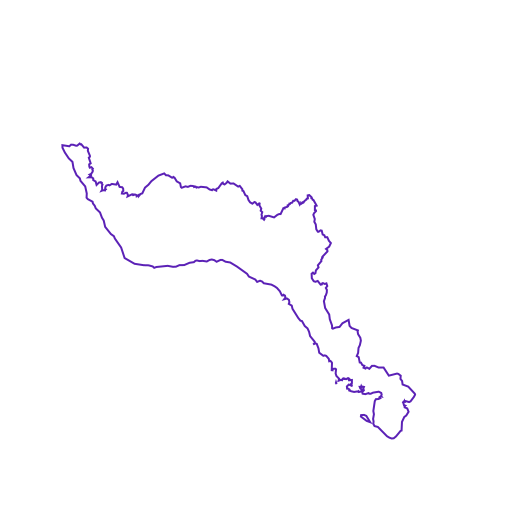 Buleleng, Bali, Indonesia (Natural Earth projection), rotated 217°
{"feature_id": "22746128B19337828575841", "entity_name": "Buleleng", "entity_type": "district", "adm_level": 2, "iso_a3": "IDN", "parent_name": "Indonesia", "parent_adm1": "Bali", "projection": "natural_earth1", "projection_center": [114.942, -8.222], "detail": "fine", "context": "isolated", "style": "outline", "palette": "violet", "viewbox_px": 512, "rotation_deg": 217, "n_neighbors": 0, "source": "geoboundaries", "source_scale": "gbopen_adm2", "svg_char_len": 6078}
<svg xmlns="http://www.w3.org/2000/svg" viewBox="0 0 512 512"><g transform="rotate(217 256 256)"><path d="M379.0,266.7L382.3,261.5L384.6,252.8L384.8,248.1L385.8,243.8L384.5,237.6L385.5,236.1L385.7,233.2L386.5,234.0L387.3,231.9L388.1,232.7L389.4,232.4L390.6,231.6L390.3,231.3L390.8,230.6L392.1,230.7L394.4,226.3L394.9,227.6L397.1,228.8L397.9,228.3L399.0,226.2L400.7,225.2L401.5,227.0L401.1,228.1L402.7,229.9L404.2,230.4L406.5,229.1L411.0,231.6L410.6,228.9L414.5,226.8L415.5,224.3L416.6,224.0L417.9,222.2L417.7,220.3L417.1,219.2L416.1,218.9L416.5,218.0L416.1,217.5L417.8,216.4L418.6,215.1L418.8,216.5L421.1,219.1L421.6,220.7L423.0,221.0L423.2,221.7L424.4,221.6L425.6,220.2L426.1,216.8L428.9,219.0L431.7,218.7L432.7,220.0L434.5,220.0L437.1,218.0L436.4,220.7L435.5,221.3L437.8,221.0L437.1,222.4L437.2,224.9L437.6,225.9L438.8,226.6L438.8,227.5L440.9,227.9L441.9,226.5L442.9,227.1L444.4,228.8L443.8,230.5L448.7,233.9L448.4,235.4L449.0,236.1L453.6,238.8L454.7,240.6L456.6,240.7L458.5,239.1L462.8,240.1L463.3,239.5L464.5,239.7L465.2,236.6L466.0,235.8L469.0,234.8L470.7,233.6L471.1,231.3L477.3,228.0L475.7,226.0L470.9,223.6L464.3,221.3L459.2,220.7L454.7,216.4L448.0,212.6L443.4,212.0L441.4,210.4L434.3,208.8L428.8,204.1L426.4,200.6L424.6,200.2L419.2,201.0L417.8,199.8L415.1,199.1L412.6,197.6L406.8,196.9L402.1,193.9L399.0,192.7L394.0,188.5L385.1,186.2L381.4,186.3L379.2,185.0L368.8,181.6L359.7,175.3L348.3,176.7L340.1,181.1L336.2,183.9L332.2,185.5L330.2,185.3L328.9,187.3L320.6,195.0L315.8,197.4L313.5,199.3L311.6,202.7L307.9,205.5L305.0,210.6L301.9,213.7L301.5,215.7L300.5,216.9L298.1,217.9L295.7,220.0L292.0,222.0L290.7,224.9L289.2,226.6L286.8,227.6L284.0,227.7L282.0,231.5L280.5,232.6L276.9,233.1L272.7,235.3L264.9,236.1L252.4,236.4L249.3,235.3L242.4,236.8L239.5,236.0L237.9,238.7L235.7,239.3L233.4,238.9L226.5,242.4L222.9,243.0L220.0,243.1L215.7,242.2L211.6,240.1L210.7,240.6L210.7,241.6L209.0,241.8L207.5,240.5L207.5,238.4L205.7,240.7L203.4,240.8L201.6,239.3L201.0,237.5L197.6,237.9L195.1,235.8L184.9,231.9L181.6,231.1L180.1,231.7L174.9,229.4L171.3,229.2L168.0,227.4L164.6,224.6L157.4,222.8L156.7,221.8L157.1,219.8L156.0,222.0L154.6,222.4L150.5,219.8L147.3,216.8L142.2,216.8L141.3,218.0L139.8,218.5L136.0,217.7L134.2,216.0L133.5,217.0L132.1,216.8L131.0,216.4L126.8,210.4L126.1,210.8L126.6,211.5L126.3,212.5L124.9,213.7L123.9,213.7L121.7,210.1L119.6,208.6L115.8,208.0L115.0,206.1L113.6,208.2L112.5,208.6L112.9,210.2L112.6,210.9L111.6,211.4L111.3,211.0L109.7,212.1L109.3,213.5L108.6,214.1L107.0,213.9L107.4,213.0L106.9,212.7L104.8,214.7L102.9,212.2L103.1,211.1L101.7,210.5L101.5,209.9L104.5,209.2L104.9,206.5L103.4,204.9L102.4,205.6L100.9,205.6L100.6,204.7L98.5,205.3L95.8,206.5L93.5,208.9L92.7,209.0L92.7,209.7L91.8,209.5L90.7,210.8L90.6,212.9L93.0,213.0L94.4,213.9L93.4,214.6L93.6,215.3L92.8,214.8L92.4,215.8L91.0,216.4L90.6,214.8L89.0,213.6L89.4,211.3L88.0,210.2L85.5,211.5L83.6,214.3L82.8,214.1L81.5,215.0L80.3,217.3L76.3,221.5L73.6,222.0L72.2,220.9L71.8,219.5L71.2,219.3L72.0,218.9L72.4,217.5L71.2,217.2L72.1,215.5L74.1,213.8L73.8,211.6L69.0,202.8L66.6,200.6L64.4,196.3L62.6,194.7L61.2,192.5L59.0,191.5L55.8,192.8L42.9,190.9L40.2,191.2L37.8,191.9L36.3,193.3L35.6,196.2L35.3,203.3L34.7,204.2L39.6,211.4L40.7,216.7L40.0,219.0L40.4,223.4L43.5,225.3L46.2,224.6L47.0,225.4L46.8,226.3L48.0,225.9L50.3,227.6L51.3,227.7L50.2,228.0L50.3,229.3L49.8,228.8L49.1,229.2L49.1,230.2L45.8,231.5L45.1,232.9L45.1,238.5L45.5,241.0L46.3,241.6L55.8,243.3L61.6,241.6L64.1,244.1L66.7,244.8L68.4,247.5L71.3,247.5L72.6,247.0L77.9,240.4L87.0,243.7L91.0,240.7L95.3,239.6L97.3,238.0L97.6,234.1L100.0,233.8L100.8,233.3L100.8,232.0L102.9,231.5L103.4,233.5L105.4,232.9L108.0,234.0L109.1,233.4L113.1,237.0L115.3,236.7L116.1,240.0L118.8,244.3L119.4,247.3L121.3,251.5L123.5,253.5L127.4,255.0L129.4,256.8L129.8,257.9L136.4,256.0L139.2,256.5L143.6,260.7L146.5,254.3L146.6,249.6L149.2,247.0L150.9,244.2L151.7,244.1L153.5,246.3L159.0,249.9L162.3,253.3L169.5,256.1L174.6,260.8L175.6,264.0L176.6,265.2L176.5,266.4L177.5,269.4L179.0,271.6L181.0,272.5L181.0,274.9L183.3,276.5L184.2,275.1L186.3,274.6L186.7,273.9L186.3,272.9L187.1,272.0L191.7,273.2L193.0,271.2L194.7,270.6L198.0,271.8L200.9,275.3L200.5,277.0L198.7,276.7L198.2,278.0L199.5,280.6L199.2,284.5L201.0,285.8L200.7,291.3L201.6,292.1L201.8,293.9L202.3,294.6L201.9,295.0L202.5,295.7L201.7,302.7L202.6,303.7L204.3,303.8L203.2,307.5L204.0,311.4L206.9,312.0L210.4,313.9L212.0,312.6L213.9,313.7L215.7,313.3L218.8,315.8L219.9,315.3L220.6,313.0L221.2,312.6L223.9,313.6L227.3,317.2L230.0,318.4L231.3,320.9L235.0,323.4L235.4,325.2L235.1,328.0L235.6,328.5L236.6,328.1L239.0,331.3L237.9,332.7L243.8,335.3L244.6,335.0L246.2,335.9L246.6,335.6L247.2,336.4L250.2,336.7L251.2,335.5L249.2,333.2L250.0,332.2L249.7,331.4L250.4,329.2L250.2,328.3L250.9,327.3L250.4,326.9L251.2,325.4L251.9,325.5L251.5,324.7L252.1,324.3L252.0,323.4L254.7,324.9L255.9,324.8L257.1,325.8L258.3,325.4L258.5,323.2L259.5,322.5L259.2,320.4L260.2,319.2L260.2,318.0L260.8,317.8L260.5,316.9L261.2,315.5L260.4,315.0L260.6,314.1L262.2,312.0L261.8,311.2L262.9,310.7L261.6,304.3L262.7,303.5L263.7,301.8L264.8,297.7L270.0,295.8L271.6,294.2L271.6,293.3L272.6,293.3L272.4,290.8L271.5,290.7L271.4,289.8L273.5,290.1L274.3,289.5L275.4,291.6L276.4,292.2L277.4,294.8L279.5,295.0L280.3,297.0L283.8,298.5L284.7,300.1L285.1,300.0L285.7,297.6L288.7,298.5L289.7,298.2L290.4,295.6L293.0,295.3L295.7,296.2L299.0,298.5L301.2,298.2L305.1,300.3L306.2,300.0L307.1,301.1L311.2,302.2L312.0,300.7L317.6,300.4L320.0,298.4L323.6,298.5L323.5,296.7L324.2,294.2L325.7,293.9L326.7,294.6L327.1,293.5L327.0,287.5L328.0,285.8L327.1,284.3L330.0,283.7L330.7,283.0L330.7,282.1L333.1,281.2L336.7,281.1L341.7,278.1L343.0,276.2L344.5,275.5L344.8,274.8L346.0,275.1L346.9,273.9L347.4,274.4L348.9,273.7L350.6,272.6L352.0,270.2L354.2,269.2L356.4,265.8L357.5,265.9L360.3,268.4L364.2,267.9L368.2,269.5L369.6,269.4L369.6,268.5L370.2,268.0L374.6,267.6L376.5,266.3L379.0,266.7ZM75.6,190.9L68.4,190.9L64.8,192.0L71.7,194.7L74.1,194.1L76.3,192.2L75.6,190.9ZM115.8,202.7L114.6,202.2L116.0,203.2L115.8,202.7Z" fill="none" stroke="#5b21b6" stroke-width="2"/></g></svg>